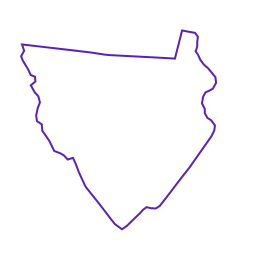 Timbó, Santa Catarina, Brazil (Albers equal-area conic projection), rotated 351°
{"feature_id": "56859067B25557808963142", "entity_name": "Timbó", "entity_type": "district", "adm_level": 2, "iso_a3": "BRA", "parent_name": "Brazil", "parent_adm1": "Santa Catarina", "projection": "albers", "projection_center": [-49.268, -26.814], "detail": "fine", "context": "isolated", "style": "outline", "palette": "violet", "viewbox_px": 256, "rotation_deg": 351, "n_neighbors": 0, "source": "geoboundaries", "source_scale": "gbopen_adm2", "svg_char_len": 1071}
<svg xmlns="http://www.w3.org/2000/svg" viewBox="0 0 256 256"><g transform="rotate(351 128 128)"><path d="M42.9,117.3L45.9,123.4L48.2,128.3L50.1,134.4L51.6,139.2L57.2,142.4L60.4,145.0L63.5,149.7L69.0,148.9L70.6,154.6L72.5,163.9L76.9,179.3L82.6,189.4L88.2,199.2L97.6,216.6L100.0,220.8L106.2,227.1L111.9,224.3L117.5,220.3L122.2,217.0L126.2,214.2L130.1,211.1L133.9,209.1L138.5,210.9L142.9,211.8L147.1,210.0L155.9,201.8L160.4,197.5L173.8,184.7L178.2,180.7L182.5,176.7L209.1,149.2L212.8,144.0L214.3,139.1L211.4,133.5L208.0,130.4L206.2,125.3L206.8,121.1L204.9,115.2L207.1,108.8L210.2,104.9L213.9,103.9L217.9,102.5L222.1,97.1L222.3,91.5L219.6,86.9L216.5,81.6L212.9,77.3L210.1,72.0L208.6,66.6L206.8,62.9L209.1,58.4L209.8,54.1L211.3,48.8L209.1,44.5L202.9,42.4L196.7,40.1L185.2,66.8L181.2,65.9L165.9,62.6L122.1,53.3L116.9,52.0L103.1,47.6L36.4,28.9L37.5,35.5L33.7,40.3L34.6,44.8L36.3,49.0L38.5,54.4L40.2,60.5L44.2,62.8L43.8,67.6L38.7,70.6L41.4,78.2L44.4,82.6L45.0,89.0L41.9,94.3L39.2,101.4L39.2,107.0L43.4,110.9L42.9,117.3Z" fill="none" stroke="#5b21b6" stroke-width="2"/></g></svg>